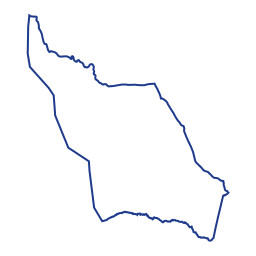 Massingir, Gaza, Mozambique (orthographic projection)
{"feature_id": "85939544B66771942168992", "entity_name": "Massingir", "entity_type": "district", "adm_level": 2, "iso_a3": "MOZ", "parent_name": "Mozambique", "parent_adm1": "Gaza", "projection": "orthographic", "projection_center": [32.187, -23.787], "detail": "fine", "context": "isolated", "style": "outline", "palette": "blue", "viewbox_px": 256, "rotation_deg": 0, "n_neighbors": 0, "source": "geoboundaries", "source_scale": "gbopen_adm2", "svg_char_len": 5712}
<svg xmlns="http://www.w3.org/2000/svg" viewBox="0 0 256 256"><path d="M29.3,15.4L28.2,26.7L27.7,53.6L29.9,66.9L48.6,87.8L53.7,95.4L55.2,115.5L68.3,147.7L88.9,161.3L89.5,170.8L94.1,207.6L102.2,221.2L106.7,220.0L107.8,219.0L108.7,218.4L109.2,218.3L110.0,217.8L110.8,217.6L111.0,217.3L111.3,217.1L111.6,217.1L111.7,216.9L112.1,216.7L112.6,216.8L112.9,216.5L113.5,216.6L114.9,215.5L115.1,215.5L115.2,215.3L115.4,215.3L115.7,214.9L116.1,215.0L116.3,214.8L116.3,214.6L116.6,214.5L116.7,214.2L117.1,214.1L117.6,214.2L118.0,213.7L118.8,213.4L118.9,213.5L119.1,213.3L119.8,213.1L121.2,212.9L121.7,213.1L121.9,212.9L122.8,212.7L122.9,212.4L123.3,212.3L123.8,212.0L124.0,211.9L124.4,212.0L124.9,211.8L125.2,211.8L125.5,211.9L125.8,212.1L126.0,212.0L126.4,212.2L126.8,212.1L127.0,212.3L127.9,212.3L128.5,212.6L129.4,212.6L129.7,212.8L130.1,212.7L130.3,212.8L130.5,213.0L130.8,213.1L131.3,213.0L132.5,213.2L132.6,213.6L132.7,213.9L133.1,213.8L133.4,214.0L133.7,213.8L133.9,214.0L134.4,214.0L135.1,214.2L135.5,214.0L136.1,214.1L136.6,214.5L137.1,214.4L137.3,214.7L137.8,213.8L138.1,213.7L138.5,213.9L139.9,213.5L140.6,213.7L140.7,213.8L140.8,214.1L141.1,214.4L141.0,214.6L141.9,214.4L142.2,214.5L142.4,214.5L142.6,214.8L143.2,214.6L143.5,214.7L143.7,214.4L143.8,214.3L144.3,214.7L144.5,214.8L144.8,214.5L145.2,214.6L145.5,214.3L145.8,214.4L146.0,214.2L146.2,214.3L146.4,214.2L146.5,214.6L147.0,215.0L147.0,215.3L147.2,215.8L147.7,215.8L147.6,216.2L148.5,216.7L148.7,217.1L149.0,217.3L149.1,217.7L149.4,217.9L150.2,218.1L150.4,218.1L150.6,217.9L150.8,217.9L151.4,218.3L152.0,218.6L152.3,219.0L152.4,219.3L152.7,219.4L153.2,218.9L153.4,217.9L153.7,217.6L153.9,217.6L154.0,217.8L154.3,217.4L154.5,217.5L154.8,217.7L155.2,217.8L156.2,218.1L156.7,217.9L157.3,218.2L158.9,219.2L159.9,220.1L161.3,220.9L161.6,221.6L162.3,221.8L162.9,222.3L163.4,222.1L163.8,221.6L164.1,221.4L164.2,221.1L165.1,220.8L166.5,220.9L167.0,221.4L167.7,221.4L168.1,221.6L168.9,221.4L169.6,221.7L170.2,221.7L170.9,221.1L170.9,220.7L171.1,220.6L171.8,220.3L172.3,220.4L172.4,219.9L172.8,219.8L173.6,220.3L174.8,220.0L176.0,220.7L177.6,220.8L178.2,221.0L178.5,221.3L178.9,221.4L179.1,221.7L179.3,221.7L180.8,221.9L181.9,221.7L182.2,221.9L182.9,222.5L183.7,222.7L183.8,222.9L184.1,223.0L184.3,223.0L184.5,222.4L184.9,222.3L185.6,222.6L186.1,223.4L186.6,223.5L186.9,223.9L187.8,224.4L188.3,225.6L189.0,226.2L189.7,227.2L190.2,227.3L191.6,226.6L191.9,227.7L192.2,228.1L192.2,228.5L192.4,228.8L192.5,229.4L193.1,230.1L193.4,231.5L193.5,232.0L194.4,232.4L195.2,232.3L195.7,232.4L195.8,233.0L196.4,233.6L196.5,234.1L197.2,234.7L197.5,235.4L197.7,235.6L198.2,236.6L198.6,236.8L198.7,237.0L198.9,237.1L199.8,237.0L200.1,237.1L200.4,237.5L200.6,237.6L201.7,237.5L202.1,237.7L202.4,237.7L202.5,237.5L203.0,237.5L203.3,237.6L203.6,237.4L204.2,237.4L204.9,237.8L205.6,238.0L206.6,238.4L207.1,238.4L207.6,238.2L208.1,238.8L208.5,239.9L208.9,240.3L209.4,240.6L210.6,240.6L211.2,240.4L211.7,240.0L212.2,239.2L212.9,238.5L213.2,238.1L213.5,238.0L215.2,229.6L217.8,218.1L223.1,195.9L223.4,195.5L224.0,195.2L224.5,195.5L224.8,195.5L225.3,194.8L225.6,194.7L226.2,194.6L227.3,193.8L227.9,193.2L228.3,192.8L228.0,192.6L227.6,191.6L227.3,191.1L226.0,190.7L225.5,190.4L225.1,189.9L224.6,188.4L224.5,187.4L223.7,185.0L223.6,184.0L223.8,183.2L223.7,183.1L223.3,182.1L223.5,181.4L223.5,181.2L223.3,181.0L222.9,180.9L221.3,180.7L220.9,180.6L220.4,180.3L218.6,178.8L217.6,178.3L216.3,178.0L214.7,177.9L214.2,177.8L213.2,177.2L211.9,176.0L210.9,174.7L209.5,173.6L208.5,172.3L206.9,171.6L205.2,171.1L204.4,170.6L203.6,170.4L202.3,168.7L200.8,167.0L199.9,166.2L199.4,165.6L198.8,165.1L197.9,164.2L197.1,163.5L195.8,162.1L195.3,160.9L194.8,159.3L194.1,156.2L193.8,155.3L193.6,154.0L192.9,151.6L190.9,146.6L188.5,141.7L188.1,140.9L187.2,138.7L186.3,136.8L185.2,133.9L184.2,131.4L184.1,131.0L184.1,130.2L184.2,129.7L184.3,128.8L184.2,128.2L183.7,126.3L183.0,125.9L181.5,125.3L181.1,124.9L179.8,122.9L178.9,121.7L178.2,121.0L177.1,119.5L174.9,115.9L173.5,113.1L170.8,109.0L168.9,105.8L168.0,104.4L167.1,102.4L166.4,101.6L165.9,101.0L164.1,99.6L162.3,98.5L161.7,98.4L161.3,98.6L160.9,98.5L160.4,96.1L159.2,93.0L157.2,88.7L155.5,85.7L154.7,84.1L154.6,83.7L149.7,84.0L148.6,84.2L146.3,84.6L144.9,85.1L144.2,85.2L140.0,85.2L134.5,84.7L131.0,84.9L128.4,84.9L126.3,84.6L122.4,84.5L112.8,86.1L111.3,86.2L110.8,86.0L110.2,86.3L109.1,86.4L108.4,86.3L107.9,86.0L107.1,85.4L106.0,84.2L104.0,84.2L103.1,84.6L102.4,84.4L101.6,83.7L100.8,83.2L99.6,82.8L98.2,81.3L97.8,80.7L96.4,79.8L95.6,79.2L95.4,78.7L95.3,78.0L95.5,75.9L95.4,75.4L94.9,74.7L94.0,74.4L93.9,74.2L93.7,73.7L94.0,72.2L94.2,71.6L94.1,71.0L93.7,70.4L93.4,69.3L93.4,68.9L93.8,67.9L93.8,66.8L93.5,66.1L93.2,65.4L92.6,64.7L92.1,64.2L90.9,64.2L90.2,64.4L89.6,65.0L89.3,65.7L88.8,66.5L87.4,67.4L87.0,67.5L86.7,67.4L85.9,67.0L85.3,67.2L85.0,67.2L84.6,66.9L84.0,66.2L83.6,65.5L83.5,64.8L83.2,64.1L82.7,63.3L82.2,62.8L80.7,62.1L79.7,61.6L79.5,61.3L79.2,60.5L78.7,60.1L78.2,60.2L77.8,60.3L77.5,60.6L77.3,61.0L77.0,61.5L76.6,61.8L75.3,61.3L74.9,60.9L74.1,60.1L73.8,59.6L73.4,57.2L73.0,56.6L72.5,56.2L72.0,56.3L71.7,56.6L71.6,57.0L71.7,57.8L71.7,58.5L71.5,58.9L71.2,59.0L70.9,58.9L70.3,58.5L70.0,57.9L68.0,56.8L67.1,56.5L66.1,56.3L65.3,56.3L62.8,56.5L60.3,56.6L58.9,56.2L58.6,56.0L57.3,54.5L56.7,53.6L56.1,53.1L55.0,52.4L54.1,52.0L51.8,51.4L50.9,51.2L50.4,51.3L49.7,52.0L49.2,51.8L48.3,50.5L48.0,49.9L46.5,44.5L46.3,44.2L46.0,44.1L44.7,43.9L44.0,42.9L43.6,41.8L43.2,40.3L42.5,37.6L42.0,34.9L41.6,33.5L40.8,31.6L40.2,30.4L39.9,29.9L39.3,29.1L38.8,28.3L38.9,27.2L38.8,25.4L38.3,23.1L37.8,21.8L36.9,21.1L36.5,20.5L36.5,19.1L36.8,17.8L36.7,17.3L36.5,16.9L35.9,16.6L33.3,16.6L30.9,16.3L30.0,15.9L29.3,15.4Z" fill="none" stroke="#1e3a8a" stroke-width="2"/></svg>